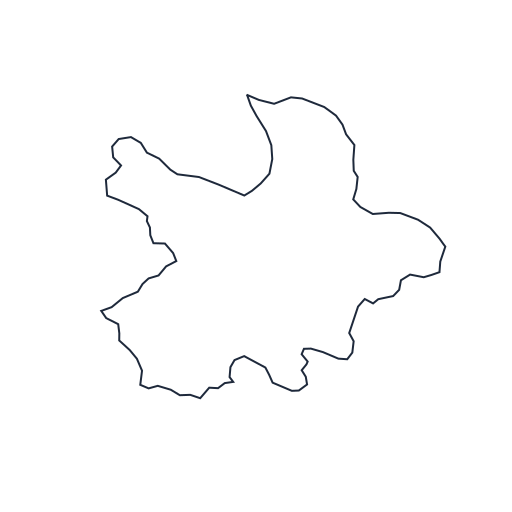 Nybro, Kalmar, Sweden (Robinson projection), rotated 23°
{"feature_id": "70781695B56315309655935", "entity_name": "Nybro", "entity_type": "district", "adm_level": 2, "iso_a3": "SWE", "parent_name": "Sweden", "parent_adm1": "Kalmar", "projection": "robinson", "projection_center": [15.892, 56.861], "detail": "fine", "context": "isolated", "style": "outline", "palette": "slate", "viewbox_px": 512, "rotation_deg": 23, "n_neighbors": 0, "source": "geoboundaries", "source_scale": "gbopen_adm2", "svg_char_len": 1640}
<svg xmlns="http://www.w3.org/2000/svg" viewBox="0 0 512 512"><g transform="rotate(23 256 256)"><path d="M431.2,199.2L427.8,189.1L426.6,173.4L423.5,171.6L418.3,168.4L405.2,161.8L391.0,159.3L372.0,160.1L361.4,164.3L347.1,171.7L332.9,170.1L323.4,165.9L322.2,155.1L318.7,143.5L312.7,139.4L308.0,129.4L303.2,115.4L291.4,108.8L284.3,101.3L274.8,95.5L260.6,92.2L236.9,93.0L226.2,96.3L213.2,108.8L197.8,111.2L184.4,111.2L185.2,111.6L192.5,119.6L201.8,126.9L216.4,137.1L226.8,148.0L233.1,160.4L236.2,175.0L232.0,187.4L226.8,197.6L221.6,204.9L205.9,204.9L193.4,204.9L172.6,205.6L151.7,211.5L143.4,210.0L128.8,204.2L115.2,203.5L105.8,196.9L94.4,195.4L83.9,202.0L80.8,211.5L81.1,212.0L86.0,221.0L96.4,225.4L94.3,234.1L88.0,244.4L95.4,258.6L106.9,258.1L129.9,258.6L140.6,261.8L141.9,266.5L147.2,271.2L150.6,278.2L156.6,284.3L167.3,280.1L178.6,285.7L184.6,291.8L177.3,300.7L173.9,312.0L165.9,318.6L162.5,326.1L161.2,335.0L149.8,346.8L143.1,359.5L135.0,367.0L142.4,371.7L155.8,372.6L160.4,380.6L163.1,387.2L176.5,391.9L186.5,397.1L195.9,406.1L199.8,419.8L208.9,419.8L216.3,413.9L229.8,412.4L240.3,413.9L249.7,409.5L260.2,408.7L264.4,395.5L272.7,392.5L276.9,385.2L284.2,380.8L279.0,377.8L275.9,368.3L276.9,360.2L284.2,352.8L308.2,355.0L314.5,360.2L320.8,366.1L341.7,366.1L348.0,363.1L353.2,354.3L349.0,347.7L342.7,343.3L344.8,336.0L344.8,333.0L336.4,328.6L336.4,322.7L342.7,319.8L355.2,318.3L371.9,318.3L380.3,315.4L382.4,307.3L379.2,296.3L371.9,290.5L369.7,262.7L372.9,253.1L382.3,253.9L385.4,248.0L393.7,242.2L397.9,239.3L401.0,231.2L398.9,221.7L405.1,212.9L418.7,210.0L424.9,204.9L431.2,199.2Z" fill="none" stroke="#1e293b" stroke-width="2"/></g></svg>